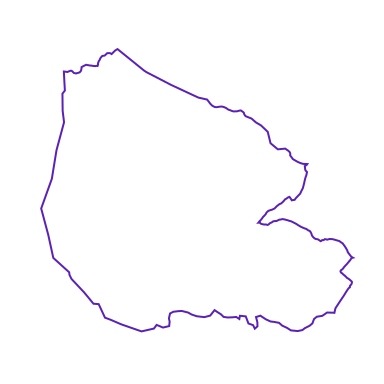 the district of Asunción Cacalotepec, Oaxaca, Mexico, rotated 353°
{"feature_id": "50627088B57748910151999", "entity_name": "Asunción Cacalotepec", "entity_type": "district", "adm_level": 2, "iso_a3": "MEX", "parent_name": "Mexico", "parent_adm1": "Oaxaca", "projection": "orthographic", "projection_center": [-95.904, 17.039], "detail": "fine", "context": "isolated", "style": "outline", "palette": "violet", "viewbox_px": 384, "rotation_deg": 353, "n_neighbors": 0, "source": "geoboundaries", "source_scale": "gbopen_adm2", "svg_char_len": 3853}
<svg xmlns="http://www.w3.org/2000/svg" viewBox="0 0 384 384"><g transform="rotate(353 192 192)"><path d="M124.9,324.2L137.6,322.9L140.7,319.6L146.7,323.0L153.0,322.3L154.0,318.0L153.7,314.6L155.4,309.9L157.6,309.1L158.8,308.6L163.7,308.6L167.3,308.8L168.1,309.1L173.5,311.2L176.6,313.5L181.6,315.9L189.0,317.7L195.0,316.9L200.0,312.0L202.5,314.2L205.8,316.9L208.1,319.8L212.1,320.9L216.9,321.3L220.6,321.4L223.5,323.8L224.5,320.7L230.2,322.0L232.0,329.4L236.4,331.6L237.7,335.3L240.6,333.3L241.0,329.2L240.3,323.9L244.8,323.1L249.7,327.3L254.2,330.1L257.5,330.9L262.5,332.5L265.2,335.6L269.7,338.4L273.3,341.4L279.9,342.9L284.7,342.5L287.4,340.9L292.4,339.1L295.5,337.1L297.6,333.0L300.7,331.0L306.2,330.8L311.4,328.1L317.4,329.0L318.6,329.3L320.2,324.9L325.6,318.5L330.2,313.2L333.4,309.2L335.7,306.6L337.1,305.8L337.2,304.9L337.5,304.2L338.0,303.8L338.7,303.3L339.1,302.7L339.7,301.4L339.8,300.9L339.5,300.1L338.5,299.0L337.8,298.2L336.8,297.2L335.4,296.2L334.4,294.8L333.5,293.7L332.0,292.2L331.1,291.0L330.3,290.4L330.0,289.9L329.7,289.1L329.8,288.5L330.2,288.0L330.5,287.7L331.7,287.1L332.9,286.1L333.7,285.1L334.6,284.4L335.2,283.8L336.0,283.2L337.4,282.0L338.1,281.3L338.8,280.7L339.5,279.9L340.6,279.1L341.0,278.5L341.8,277.6L342.5,277.1L342.9,276.9L343.7,276.8L342.2,275.7L341.4,274.3L340.6,273.0L340.0,271.9L339.2,270.5L339.0,268.9L338.1,266.8L337.2,264.8L336.7,263.9L335.3,261.4L333.9,260.2L332.9,259.3L332.2,258.6L330.4,257.9L328.4,257.0L326.7,256.3L325.7,255.9L322.6,255.4L320.4,255.8L319.3,255.3L318.0,255.0L316.7,255.8L315.3,255.6L314.5,256.2L313.7,256.5L311.2,254.3L309.1,253.7L307.9,252.9L306.6,251.3L305.7,249.6L305.4,247.7L304.8,246.1L304.0,244.9L302.6,244.2L301.0,242.6L299.4,241.9L297.5,240.8L296.0,239.9L294.2,238.5L293.1,237.7L292.0,236.7L291.2,236.1L288.4,234.2L286.7,233.1L285.1,232.5L283.7,231.8L281.3,230.8L278.6,229.9L276.9,230.1L275.3,230.1L272.3,231.1L270.4,230.9L268.8,231.1L267.7,231.8L265.7,232.4L264.1,233.5L263.1,233.9L261.1,233.2L259.7,233.1L257.9,232.5L256.7,232.0L255.7,231.0L255.7,230.5L254.2,230.5L255.5,229.2L256.6,228.4L258.0,227.1L259.6,225.3L261.1,224.2L262.5,222.9L263.3,221.7L264.2,220.9L265.6,220.0L267.9,219.5L269.7,219.2L271.7,218.5L272.6,217.9L274.3,216.5L275.5,215.8L277.5,214.6L278.7,214.4L280.6,213.2L282.3,211.8L283.5,210.6L284.9,210.1L286.1,209.4L286.9,209.0L287.5,208.9L288.1,208.7L288.6,209.5L289.6,211.4L290.0,212.4L292.9,212.3L294.4,210.7L297.2,208.4L299.2,206.8L300.9,204.0L302.5,201.7L303.4,199.4L304.4,196.9L305.3,194.2L306.6,191.0L307.4,189.6L308.6,186.2L307.3,184.5L307.1,183.0L307.1,180.0L309.1,179.1L309.8,178.3L305.6,177.6L302.9,176.4L300.0,174.6L296.1,171.6L293.9,167.6L294.1,166.6L294.2,165.6L293.8,164.3L293.2,163.5L292.4,162.6L291.1,161.5L289.8,160.3L282.4,160.1L275.9,153.2L274.5,141.5L268.6,134.3L263.9,130.7L260.1,126.4L254.5,123.3L253.8,122.2L253.3,121.1L253.1,119.6L252.2,118.6L251.4,117.9L250.4,117.0L249.0,117.0L247.9,117.2L246.4,117.4L245.3,117.3L244.5,117.2L243.1,117.1L241.6,116.5L240.1,115.6L238.0,114.6L236.2,112.9L234.1,111.6L232.0,110.8L229.5,110.7L226.4,110.8L224.7,110.3L222.5,108.7L220.9,106.6L218.3,102.1L209.9,99.1L203.6,95.2L184.5,83.3L161.7,67.7L161.3,67.4L159.2,65.6L135.5,41.1L134.7,41.4L133.0,42.2L130.9,43.8L129.0,45.3L128.0,44.4L126.6,44.0L124.7,43.9L122.2,45.8L121.6,46.0L119.6,46.0L117.6,47.7L116.4,49.7L115.3,50.9L114.4,52.9L114.3,54.0L113.6,55.4L112.5,55.1L111.6,55.3L108.8,54.7L107.7,54.3L106.0,54.0L104.9,53.6L103.4,53.2L102.4,52.8L98.8,54.1L97.6,54.6L97.4,55.8L96.9,57.4L96.3,58.5L95.0,59.6L91.3,60.2L89.2,59.4L87.8,57.5L86.7,56.8L84.6,57.2L82.9,57.7L80.9,57.1L79.5,56.8L78.7,68.0L78.2,75.8L75.4,78.6L73.5,95.7L73.5,107.2L62.6,134.0L54.5,161.8L40.3,190.0L44.1,217.0L46.3,240.5L60.3,256.7L60.3,259.3L61.8,263.6L72.7,278.5L80.6,290.9L85.7,291.9L90.3,306.1L95.5,308.8L105.6,314.7L124.9,324.2Z" fill="none" stroke="#5b21b6" stroke-width="2"/></g></svg>